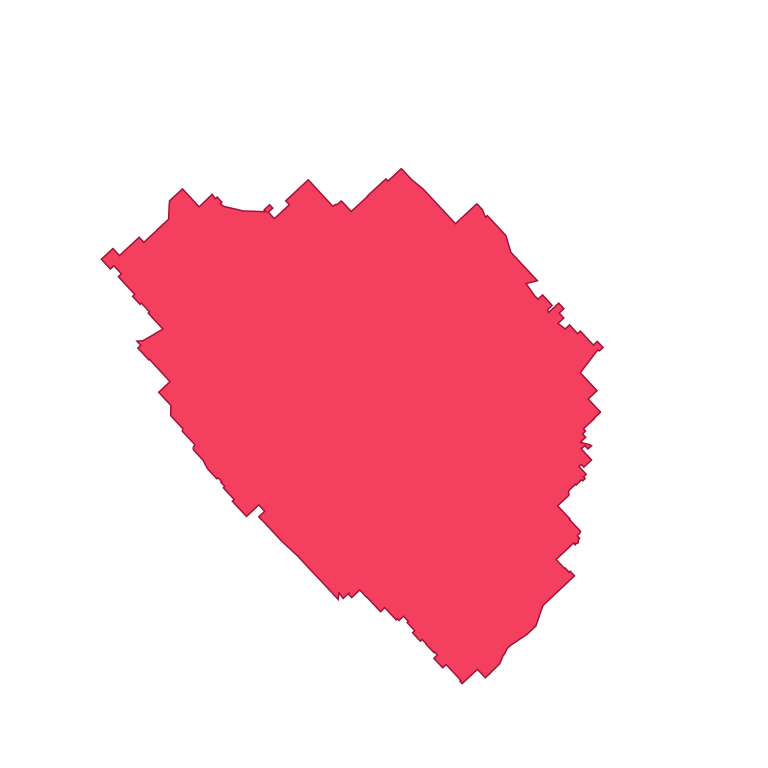 outline of Corrigin, Western Australia, Australia, rotated 227°
{"feature_id": "25037944B17845862979070", "entity_name": "Corrigin", "entity_type": "district", "adm_level": 2, "iso_a3": "AUS", "parent_name": "Australia", "parent_adm1": "Western Australia", "projection": "orthographic", "projection_center": [117.705, -32.376], "detail": "fine", "context": "isolated", "style": "filled", "palette": "rose", "viewbox_px": 768, "rotation_deg": 227, "n_neighbors": 0, "source": "geoboundaries", "source_scale": "gbopen_adm2", "svg_char_len": 5595}
<svg xmlns="http://www.w3.org/2000/svg" viewBox="0 0 768 768"><g transform="rotate(227 384 384)"><path d="M136.0,414.1L136.2,414.6L137.0,415.0L136.7,415.6L136.2,415.6L135.9,415.9L135.5,417.4L135.5,417.8L136.1,418.7L136.8,419.1L137.1,419.5L137.4,419.6L137.6,419.8L137.5,420.4L137.9,420.7L137.6,421.4L137.6,421.6L137.8,421.9L138.4,422.0L138.7,421.7L139.4,421.8L140.6,421.5L141.3,422.2L141.3,422.9L141.3,424.5L141.1,425.1L141.7,425.8L142.0,426.3L141.9,427.0L142.3,427.3L144.2,427.3L149.4,427.2L158.6,427.2L158.6,428.0L160.5,428.0L176.4,427.9L176.5,427.9L176.5,436.8L176.5,442.7L176.5,443.1L176.6,443.4L176.8,443.7L177.0,443.9L178.4,444.7L178.7,445.0L179.7,446.2L179.9,446.4L180.0,446.7L180.1,455.8L179.1,455.7L179.2,463.3L177.6,463.3L177.6,466.6L180.0,466.7L180.0,470.3L182.7,470.3L190.8,470.3L190.7,473.4L186.9,473.4L186.9,477.6L186.9,484.0L188.6,484.0L202.1,484.0L201.9,488.8L197.5,488.8L197.3,493.7L199.0,493.1L199.6,492.9L199.9,492.8L200.4,492.5L201.9,491.4L205.5,489.1L207.4,487.9L207.5,488.1L207.5,495.1L212.1,495.2L212.1,499.3L215.2,499.3L215.2,502.7L215.2,507.6L215.2,513.3L215.2,513.9L215.6,513.9L215.7,523.0L215.8,523.2L224.7,523.1L233.8,523.1L233.8,535.2L246.2,535.2L258.3,535.2L258.9,538.3L262.1,557.4L262.7,560.9L263.0,562.9L263.0,563.2L261.3,564.2L261.3,569.1L269.7,569.1L269.7,563.7L281.9,563.6L282.2,563.7L288.8,563.7L288.7,560.0L300.7,560.0L300.7,554.1L307.5,552.9L309.6,552.5L309.6,560.5L316.4,560.5L316.4,566.9L324.0,566.9L324.0,553.1L326.8,554.4L326.8,560.6L341.0,560.7L341.0,554.4L346.1,554.4L360.6,556.4L354.9,566.6L378.6,566.6L393.8,566.6L409.3,574.3L409.5,574.4L415.8,574.4L436.7,574.4L436.7,571.9L444.4,574.9L452.1,574.9L452.5,574.6L452.5,572.5L452.5,564.0L452.5,545.6L462.3,545.6L476.1,545.6L499.3,545.6L514.8,543.6L520.5,543.6L529.6,543.6L529.7,543.4L529.7,525.2L532.7,525.3L532.8,500.6L532.8,500.3L532.4,500.4L532.4,492.6L532.5,484.2L532.5,477.7L547.0,477.7L547.1,477.9L547.1,473.0L548.5,470.6L548.9,467.8L566.9,467.8L567.0,467.8L585.0,467.9L585.0,437.1L579.7,437.1L579.7,416.6L588.6,416.6L588.5,422.6L593.1,422.6L593.1,415.0L590.7,415.0L606.6,399.0L612.4,395.2L623.1,388.0L627.3,387.3L627.6,389.4L627.8,389.3L634.5,389.5L634.5,386.9L639.9,387.8L639.6,369.6L652.2,369.7L664.1,369.7L664.2,352.0L662.2,350.0L662.2,349.8L651.4,338.8L651.5,322.9L651.3,322.9L651.4,305.0L658.3,305.0L658.3,303.3L658.3,278.1L667.9,278.2L668.0,277.5L668.0,262.3L661.9,262.3L654.7,262.3L654.7,267.1L643.7,267.1L643.7,262.9L629.7,262.8L622.0,262.8L621.8,262.9L619.6,262.8L619.5,259.9L608.6,259.9L608.6,261.7L596.6,261.7L596.6,259.9L590.8,260.0L590.8,259.8L575.1,259.8L575.1,259.0L578.1,245.6L579.8,238.5L580.0,237.2L583.9,232.5L578.2,232.5L578.2,228.5L562.1,228.4L562.1,229.3L547.8,229.2L546.8,229.2L531.7,229.1L531.6,213.6L520.6,213.5L513.7,213.6L513.1,213.0L511.6,211.5L509.7,209.7L507.9,207.9L506.7,206.7L506.3,206.4L506.2,206.4L490.1,206.4L488.9,206.4L488.7,206.4L488.4,206.2L488.2,206.0L488.1,205.9L488.0,205.7L487.9,205.6L487.8,205.4L487.7,205.2L487.4,204.8L487.4,204.7L487.2,204.5L487.1,204.4L486.9,204.3L486.6,204.3L475.6,204.3L468.3,204.3L468.3,203.5L468.2,203.0L468.2,202.6L468.1,202.4L468.1,202.1L468.0,201.9L467.9,201.7L467.6,201.2L467.3,200.9L467.1,200.6L466.9,200.5L466.8,200.3L466.6,200.2L466.3,200.1L466.0,200.0L465.7,199.9L465.3,199.8L464.9,199.7L451.4,199.7L451.2,199.6L450.4,199.3L449.9,199.2L449.4,199.0L448.7,198.8L447.6,198.5L442.0,197.1L435.4,197.1L435.2,197.1L428.7,197.1L428.7,198.7L423.4,198.7L423.4,197.7L417.7,197.7L417.7,195.7L412.0,195.6L401.7,195.7L401.7,193.1L394.5,193.1L380.9,193.1L380.9,201.8L381.0,210.0L372.3,209.9L372.3,204.7L372.3,201.8L369.8,201.8L368.4,201.8L368.4,202.0L367.6,202.0L339.1,202.0L315.8,203.6L313.0,203.5L296.7,203.5L295.7,203.5L287.8,203.6L281.7,203.6L276.7,203.6L259.9,203.6L257.8,203.6L257.6,203.6L260.8,207.2L261.5,208.1L262.1,208.6L261.9,208.7L261.7,208.7L259.7,208.4L255.5,207.9L255.0,207.8L255.0,215.4L255.0,215.6L254.0,214.7L249.8,214.7L249.8,216.2L249.8,222.1L249.9,225.8L239.6,225.8L239.6,226.1L231.3,226.2L219.8,226.2L220.0,232.0L203.1,232.1L203.1,233.7L200.8,233.7L200.8,237.7L200.9,239.9L193.7,239.9L193.7,238.2L186.6,238.2L182.6,238.2L182.5,235.2L171.1,235.2L171.1,237.7L165.4,237.8L165.4,237.3L164.5,237.3L163.8,237.3L163.7,237.3L160.8,237.3L153.5,237.3L153.5,238.3L149.4,238.3L149.4,233.3L142.6,233.4L136.4,233.4L136.4,238.1L123.8,238.1L114.9,238.1L114.9,236.8L111.6,236.8L111.6,247.2L111.6,257.7L100.0,257.8L100.1,264.4L100.3,268.0L100.3,271.4L100.4,274.1L100.5,276.9L100.5,277.1L100.5,277.6L100.5,277.8L101.3,279.5L101.7,280.5L102.4,282.0L102.8,283.0L103.5,284.5L104.1,285.8L104.2,286.1L104.2,286.3L104.2,286.7L104.2,287.3L104.2,287.5L104.3,287.6L104.4,287.9L104.7,288.8L105.1,289.8L106.0,292.3L106.4,293.4L106.4,293.7L106.5,294.0L106.6,294.4L106.5,297.1L106.5,298.4L106.5,298.5L106.5,299.0L106.2,300.6L105.8,303.1L105.2,306.4L104.8,309.4L104.4,311.6L104.0,313.5L103.7,315.6L103.5,316.8L103.4,317.6L103.4,318.0L103.4,319.2L103.4,321.4L103.4,324.2L103.4,325.4L103.4,329.9L103.5,330.1L103.7,330.4L105.2,333.4L105.9,334.6L107.8,338.2L108.9,340.2L109.4,341.2L111.1,344.4L111.7,345.7L112.2,346.5L112.5,347.2L112.8,347.7L113.2,348.4L113.4,348.7L113.6,349.0L113.6,350.4L113.6,350.7L113.6,351.2L113.6,351.6L113.6,353.4L113.6,358.0L113.6,358.7L113.6,361.3L113.6,363.2L113.7,365.5L113.7,369.0L113.7,371.1L113.7,372.7L113.7,374.9L113.7,377.7L113.7,380.2L113.7,382.3L113.7,384.8L113.8,384.9L113.8,387.9L113.8,390.5L113.8,392.5L120.1,392.5L120.1,391.0L126.0,391.0L126.1,390.2L138.3,390.2L138.3,398.0L138.3,407.2L138.3,407.3L138.4,407.2L138.5,414.1L136.8,414.1L136.0,414.1Z" fill="#f43f5e" stroke="#9f1239" stroke-width="1.5"/></g></svg>